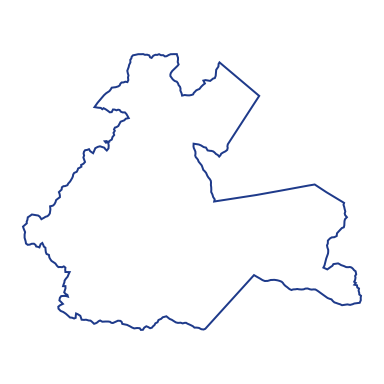 the district of Quixadá, Ceará, Brazil
{"feature_id": "56859067B59231090145989", "entity_name": "Quixadá", "entity_type": "district", "adm_level": 2, "iso_a3": "BRA", "parent_name": "Brazil", "parent_adm1": "Ceará", "projection": "mercator", "projection_center": [-38.963, -4.916], "detail": "fine", "context": "isolated", "style": "outline", "palette": "blue", "viewbox_px": 384, "rotation_deg": 0, "n_neighbors": 0, "source": "geoboundaries", "source_scale": "gbopen_adm2", "svg_char_len": 5889}
<svg xmlns="http://www.w3.org/2000/svg" viewBox="0 0 384 384"><path d="M359.7,302.8L360.8,300.2L360.7,297.7L361.0,295.8L359.3,294.5L359.2,292.8L358.6,290.7L359.0,288.5L357.3,287.5L357.0,285.3L354.4,284.7L355.8,282.9L354.2,281.8L355.1,280.0L355.5,277.6L355.1,276.0L356.2,274.3L355.6,271.3L354.0,270.1L352.9,268.7L351.5,267.5L349.9,267.0L348.1,267.2L346.2,267.1L343.8,266.0L341.1,265.1L339.5,264.1L338.1,263.4L333.4,264.1L332.4,265.8L330.6,267.0L327.3,269.4L323.4,267.6L324.5,265.4L326.2,258.6L328.0,253.6L328.2,251.9L328.2,249.8L327.4,247.5L327.0,245.3L327.8,243.6L327.9,240.6L329.9,238.5L331.7,237.4L334.3,237.2L336.7,236.0L337.0,233.3L338.9,231.2L341.8,228.1L343.8,227.3L344.3,225.4L344.4,223.0L344.5,221.1L345.0,219.2L346.9,217.2L345.2,215.2L344.7,213.5L345.3,211.5L344.6,208.9L344.2,206.9L343.5,204.8L344.1,202.9L326.4,192.2L314.7,184.5L308.7,185.5L280.4,190.7L256.4,195.0L214.2,201.5L214.7,199.3L213.2,197.1L212.4,194.4L211.2,192.0L211.3,189.5L211.2,187.1L210.9,185.0L211.0,182.4L210.8,180.8L209.8,179.1L208.4,177.5L207.3,175.7L206.1,172.9L204.6,171.1L203.3,169.9L202.5,167.5L201.7,165.4L198.6,161.6L197.9,159.7L196.9,158.4L195.8,157.2L195.2,155.5L195.5,153.8L195.4,151.6L194.6,149.7L193.8,148.0L193.5,146.4L193.6,143.7L198.8,144.5L201.0,145.4L203.7,147.1L206.0,147.6L207.6,150.4L209.8,150.8L211.5,150.9L213.4,151.5L214.9,152.8L216.0,154.0L217.8,155.0L219.2,156.6L220.4,155.3L221.2,153.7L223.1,152.5L225.5,151.3L227.2,149.9L227.7,147.9L227.4,146.3L227.8,144.3L253.0,105.4L259.2,95.9L219.5,62.4L218.6,63.9L218.4,66.6L216.2,69.8L215.7,75.8L214.8,78.1L213.2,78.5L210.2,80.9L205.5,80.1L203.4,80.6L204.9,83.5L203.3,84.7L201.3,86.6L199.4,89.0L197.6,89.7L196.2,90.4L195.1,91.6L193.8,92.9L193.1,94.4L191.4,95.0L189.2,95.4L187.0,95.3L184.7,95.0L182.1,95.6L181.6,93.4L180.4,90.6L180.5,88.5L180.0,86.8L178.6,85.1L178.0,83.3L176.8,81.7L174.6,80.9L172.8,79.4L170.4,76.1L170.4,74.4L170.9,72.9L172.3,70.9L177.5,65.9L178.6,64.5L177.7,62.0L178.0,59.6L178.0,57.7L177.4,56.1L176.8,54.1L170.7,54.2L168.7,55.0L166.6,56.2L164.9,56.4L163.3,55.2L161.0,55.2L159.1,54.2L157.2,54.9L155.4,54.8L153.3,55.7L151.6,57.9L150.1,57.3L149.3,55.4L147.1,54.7L144.9,54.8L143.2,54.1L141.1,54.2L138.2,54.2L135.6,54.8L133.0,55.3L131.7,56.7L131.3,58.5L130.3,59.8L130.4,62.4L129.1,65.0L128.7,67.0L128.1,68.6L127.3,70.8L127.9,73.6L128.5,75.4L128.0,77.4L128.3,80.1L127.4,82.1L125.3,81.7L123.6,82.4L121.6,82.5L120.4,83.7L119.7,85.4L118.2,86.4L115.6,87.2L113.8,87.4L111.7,87.7L110.8,89.3L109.4,91.1L107.9,92.1L106.2,93.2L104.0,95.2L97.7,102.6L94.5,107.1L98.1,107.7L100.8,107.9L102.3,109.2L103.6,108.2L105.5,109.2L107.7,110.7L109.8,112.3L111.7,112.1L113.0,109.5L114.7,109.6L116.5,110.3L118.1,109.7L119.6,110.0L120.9,111.7L122.6,112.4L124.9,112.4L126.4,114.0L127.6,116.1L128.7,118.1L125.8,118.7L124.3,120.3L120.6,121.7L118.3,126.0L116.5,127.1L114.9,127.6L114.0,129.4L114.8,130.8L113.5,132.9L114.2,135.0L112.5,137.0L111.8,139.5L109.9,140.7L108.1,142.1L108.7,145.5L108.5,148.4L106.8,150.5L105.3,149.1L104.3,147.7L100.0,146.3L97.7,146.9L95.3,148.2L94.0,151.3L93.1,153.2L90.2,151.2L89.0,149.2L87.2,149.9L85.1,150.2L84.0,151.7L83.6,153.6L84.1,155.5L83.4,157.5L84.1,159.5L85.0,162.0L83.5,163.7L81.1,165.0L81.4,166.7L79.7,167.7L78.1,168.5L77.6,170.1L76.7,171.8L74.2,172.9L73.2,174.5L72.9,176.3L72.3,177.8L71.2,179.7L70.1,181.5L68.2,183.6L67.4,185.2L65.0,186.1L63.4,186.2L61.9,187.3L61.6,189.6L58.9,192.1L59.6,194.0L59.9,195.6L59.9,197.2L58.1,198.5L56.1,200.1L55.5,202.2L54.3,204.4L52.8,205.7L50.1,206.3L50.4,209.5L49.8,213.5L48.6,215.2L47.4,216.2L45.5,216.8L44.1,217.7L41.4,219.2L39.7,216.6L38.1,215.5L36.1,215.2L34.4,214.9L31.9,214.5L29.4,216.3L27.8,217.3L27.4,219.9L26.7,221.6L26.8,223.3L23.0,226.6L23.7,228.7L25.1,232.1L24.6,234.5L24.6,237.8L25.6,241.2L26.0,243.5L27.7,244.8L29.8,244.6L31.6,243.8L33.9,243.7L35.5,244.9L36.2,246.5L37.8,246.8L39.4,247.4L40.6,244.2L42.3,243.0L43.2,244.8L43.9,246.6L45.4,247.7L45.6,250.3L45.9,252.4L46.6,254.0L48.9,254.9L49.4,257.6L50.5,259.5L51.5,260.9L53.5,262.2L55.4,263.5L57.0,265.8L58.4,267.1L60.1,267.0L62.1,267.2L63.8,266.4L65.4,267.6L65.2,269.8L65.4,272.0L69.6,272.1L68.6,274.2L67.6,276.7L65.8,278.8L64.6,280.6L64.4,282.3L63.6,284.4L63.1,286.1L65.4,286.1L65.5,288.3L64.2,292.3L65.5,293.9L67.4,294.9L67.9,296.6L66.0,296.0L63.7,295.9L61.2,296.1L59.9,297.8L59.4,300.4L61.1,302.0L62.9,303.9L60.0,305.3L58.3,306.7L58.5,308.7L60.6,310.9L63.3,312.0L65.8,313.7L68.3,315.9L70.0,317.5L72.1,317.7L74.1,318.5L75.7,317.8L75.7,316.2L76.1,313.5L77.9,314.3L80.3,315.8L81.0,317.8L81.6,319.7L84.0,319.9L86.0,319.7L88.8,320.5L90.5,320.6L91.9,321.7L94.1,323.8L95.9,323.2L97.3,322.4L98.6,321.2L100.1,320.5L102.3,321.7L106.1,321.5L108.1,321.5L110.0,321.8L111.3,322.8L112.9,323.0L118.0,320.7L120.5,320.9L121.7,322.0L122.3,323.9L127.1,324.9L130.3,326.5L132.0,327.5L134.2,328.4L137.1,328.0L139.7,328.2L140.9,329.9L142.9,329.8L144.3,327.6L146.3,326.3L148.1,327.0L150.1,328.2L151.9,327.7L153.1,326.2L154.4,325.2L155.4,323.3L157.5,322.3L158.5,320.0L161.2,318.8L162.7,317.3L166.4,316.3L169.6,318.9L171.8,319.8L173.8,321.1L175.9,322.4L178.0,322.9L180.6,322.7L182.7,323.4L184.4,322.9L186.0,322.8L187.5,323.7L189.6,324.6L191.5,325.5L193.0,326.3L194.4,327.6L196.6,327.6L198.9,327.9L201.3,329.2L203.6,329.5L205.3,328.8L254.0,275.1L256.2,276.4L260.1,278.6L262.5,280.1L264.8,281.0L267.7,280.9L270.7,280.0L273.0,279.9L274.9,279.9L277.4,280.3L279.6,280.9L281.6,281.7L282.8,282.8L283.9,284.4L285.4,285.9L287.2,287.2L289.5,289.1L291.5,290.0L293.2,289.4L295.3,289.3L297.2,289.0L299.0,289.3L301.6,289.5L303.7,289.3L305.4,288.6L307.7,288.5L309.9,289.3L311.7,289.6L313.6,289.4L315.4,289.5L316.8,290.3L318.3,291.3L321.6,293.7L324.8,296.0L326.2,297.0L327.6,298.0L329.6,298.8L331.5,299.4L332.8,301.0L334.4,302.4L336.3,303.0L338.2,303.7L340.2,304.3L342.0,305.2L344.7,304.8L347.4,304.4L350.1,304.9L352.7,304.2L354.3,303.5L359.7,302.8ZM108.1,142.1L106.6,141.1L104.8,141.3L105.9,142.7L108.1,142.1Z" fill="none" stroke="#1e3a8a" stroke-width="2"/></svg>